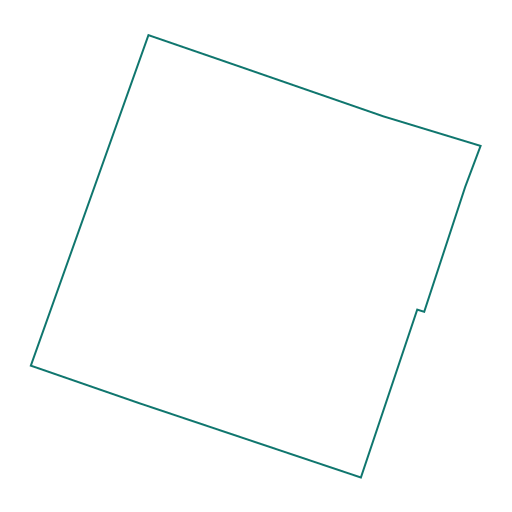 Montmorency, Michigan, United States of America, rotated 19°
{"feature_id": "52423323B25312059871419", "entity_name": "Montmorency", "entity_type": "district", "adm_level": 2, "iso_a3": "USA", "parent_name": "United States of America", "parent_adm1": "Michigan", "projection": "mercator", "projection_center": [-84.081, 45.028], "detail": "fine", "context": "isolated", "style": "outline", "palette": "teal", "viewbox_px": 512, "rotation_deg": 19, "n_neighbors": 0, "source": "geoboundaries", "source_scale": "gbopen_adm2", "svg_char_len": 290}
<svg xmlns="http://www.w3.org/2000/svg" viewBox="0 0 512 512"><g transform="rotate(19 256 256)"><path d="M169.0,82.2L82.4,82.2L78.8,433.0L193.2,433.2L427.3,431.3L425.9,254.2L433.2,254.0L431.3,122.4L432.5,78.8L330.9,82.5L169.0,82.2Z" fill="none" stroke="#0f766e" stroke-width="2"/></g></svg>